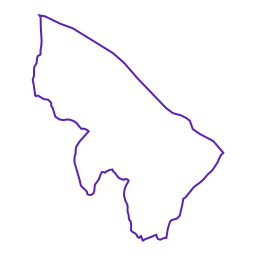 outline of Liberia, rotated 180°
{"feature_id": "LBR", "entity_name": "Liberia", "entity_type": "country or territory", "adm_level": 0, "iso_a3": "LBR", "parent_name": "Africa", "parent_adm1": "", "projection": "natural_earth1", "projection_center": [-9.107, 6.445], "detail": "fine", "context": "isolated", "style": "outline", "palette": "violet", "viewbox_px": 256, "rotation_deg": 180, "n_neighbors": 0, "source": "natural_earth", "source_scale": "50m", "svg_char_len": 1722}
<svg xmlns="http://www.w3.org/2000/svg" viewBox="0 0 256 256"><g transform="rotate(180 128 128)"><path d="M32.7,103.2L35.2,100.8L38.8,93.0L43.8,85.6L48.6,81.2L52.3,76.7L56.3,73.2L61.9,69.2L70.6,58.5L72.6,57.3L74.0,49.9L76.2,40.5L78.7,37.6L84.6,35.8L86.0,34.2L88.1,27.6L89.4,19.9L89.6,18.2L91.9,18.0L95.8,16.3L98.1,17.1L99.2,19.3L99.7,21.2L111.7,16.4L112.8,15.4L113.4,15.5L114.9,19.9L115.8,19.6L116.5,18.3L117.3,18.2L118.3,18.8L119.2,20.8L120.7,22.6L123.3,23.9L125.0,25.7L124.8,30.3L125.4,34.8L126.6,35.9L127.2,38.5L127.5,41.5L128.1,43.1L128.5,46.0L128.3,49.2L128.8,51.5L130.7,55.4L131.9,60.2L131.9,63.7L131.2,67.3L129.9,70.7L127.7,74.3L127.5,75.7L128.8,76.7L130.9,76.9L132.5,76.1L136.8,77.8L139.0,80.2L141.0,83.1L142.8,84.6L143.6,86.5L146.6,86.0L150.1,84.2L150.8,83.3L151.9,83.8L154.1,84.0L155.7,80.8L157.0,77.0L159.7,73.0L161.1,71.4L161.4,68.9L161.6,65.6L162.5,62.7L164.8,61.1L167.2,61.1L168.5,61.7L169.2,64.5L171.2,66.6L172.8,68.1L173.7,68.7L175.1,70.3L176.4,76.0L181.6,94.1L181.4,99.2L180.4,102.4L180.3,105.6L180.0,108.8L176.8,114.0L167.4,124.6L168.1,125.5L170.4,126.8L172.7,127.4L174.5,127.1L176.9,129.7L179.4,133.0L182.1,134.8L186.0,136.3L189.3,136.5L192.2,135.9L196.3,136.5L200.6,139.3L202.1,143.9L203.2,147.8L204.7,149.8L204.9,153.3L207.9,156.3L212.3,156.9L218.0,160.4L219.4,160.3L220.1,159.8L220.8,160.5L222.2,170.7L223.3,176.1L222.7,178.3L222.0,180.0L221.9,188.3L219.4,193.0L218.9,198.2L218.2,199.9L215.5,201.4L215.5,205.4L214.7,210.2L214.4,215.3L215.2,228.8L215.4,238.8L216.6,240.6L211.3,239.8L195.6,232.2L183.4,227.8L142.9,202.8L131.6,192.8L118.6,177.8L89.8,147.8L83.2,142.9L74.9,140.6L69.8,138.0L66.2,135.3L63.2,126.9L56.0,121.9L42.7,114.9L32.7,103.2Z" fill="none" stroke="#5b21b6" stroke-width="2"/></g></svg>